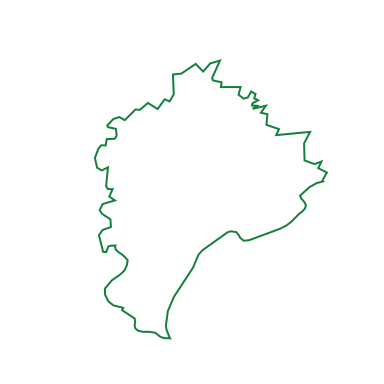 map outline of East Flanders (Equal Earth projection), rotated 145°
{"feature_id": "BEL-3478", "entity_name": "East Flanders", "entity_type": "Province", "adm_level": 1, "iso_a3": "BEL", "parent_name": "Belgium", "parent_adm1": "", "projection": "equal_earth", "projection_center": [3.869, 51.045], "detail": "fine", "context": "isolated", "style": "outline", "palette": "green", "viewbox_px": 384, "rotation_deg": 145, "n_neighbors": 0, "source": "natural_earth", "source_scale": "10m", "svg_char_len": 1783}
<svg xmlns="http://www.w3.org/2000/svg" viewBox="0 0 384 384"><g transform="rotate(145 192 192)"><path d="M78.8,125.6L84.8,127.8L93.2,128.6L105.6,127.0L106.3,123.9L105.7,119.7L106.2,115.9L109.0,113.6L112.9,112.8L117.1,112.6L127.5,110.7L133.9,110.4L140.6,111.3L172.6,119.7L177.5,122.3L178.8,126.7L178.4,130.3L178.8,133.8L182.7,137.5L186.0,138.6L216.9,138.3L222.8,136.8L234.7,129.4L267.1,116.4L280.1,108.3L290.3,97.2L291.8,93.9L293.7,86.2L293.9,84.8L294.0,84.9L299.0,88.6L301.1,91.9L302.9,97.9L307.3,102.1L312.0,105.3L315.2,108.6L316.2,110.7L316.6,112.7L315.9,115.0L314.1,117.3L313.2,117.9L311.5,121.2L317.1,135.4L314.8,136.6L321.2,143.9L322.6,148.0L323.2,150.4L322.1,157.7L318.8,162.8L308.4,165.6L297.8,165.6L292.6,166.4L287.9,169.0L284.6,172.1L283.7,173.5L284.1,174.9L284.4,177.9L285.2,181.0L286.7,184.8L287.5,188.6L286.2,191.9L285.6,192.1L288.8,194.3L291.7,195.4L296.8,192.0L299.1,194.0L293.0,210.0L287.0,212.2L278.5,209.8L274.5,216.4L278.2,225.7L278.1,230.0L272.1,233.4L260.0,229.3L262.4,235.7L255.4,239.9L259.2,242.6L259.0,246.1L246.7,260.4L253.5,261.4L255.8,266.3L252.0,275.6L244.1,281.0L239.7,282.4L236.0,279.7L231.5,284.2L224.7,279.9L221.4,281.4L218.1,287.3L223.6,293.3L223.2,295.1L214.7,296.9L208.6,295.1L205.8,289.4L191.0,292.0L187.5,289.2L177.0,290.2L172.6,279.7L161.2,283.6L158.4,279.1L150.9,282.5L140.2,299.2L132.8,295.1L115.5,294.8L113.8,284.3L103.3,286.9L93.7,283.6L110.1,273.9L110.8,271.4L104.8,264.8L108.2,261.4L92.0,250.1L98.1,245.0L96.1,238.8L92.0,237.4L85.9,240.4L83.8,235.8L87.3,233.1L85.3,229.2L91.5,230.0L93.3,228.5L89.3,225.3L94.6,225.4L82.0,220.3L90.1,217.4L85.6,212.5L92.5,204.3L84.7,193.6L90.4,190.3L60.8,173.5L72.3,167.5L81.7,153.3L75.6,144.6L68.5,142.7L74.9,139.2L70.4,130.6L79.1,126.3L78.8,125.6Z" fill="none" stroke="#15803d" stroke-width="2"/></g></svg>